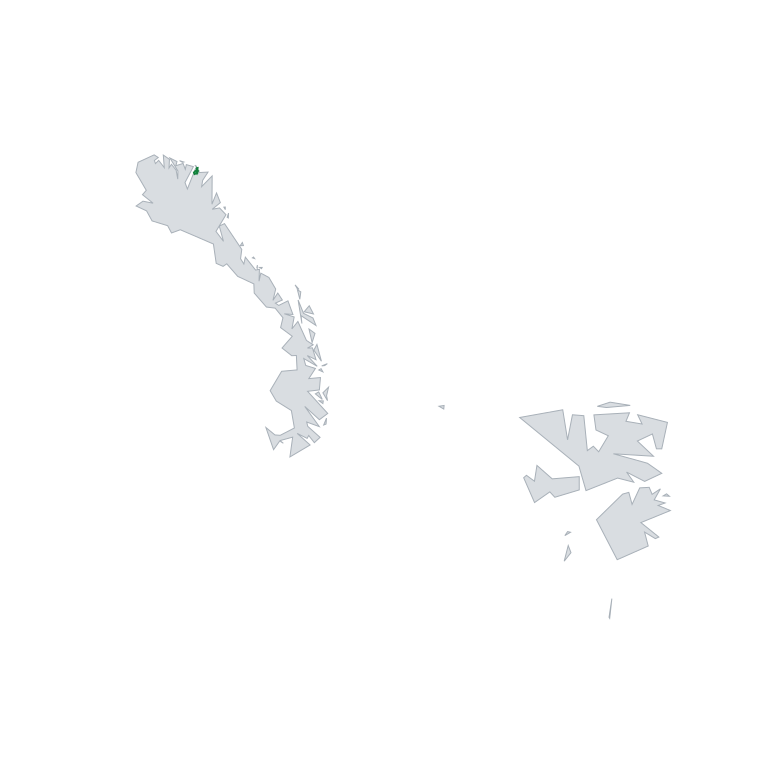 Fjaler nor, Sogn og Fjordane, Norway (highlighted), rotated 113°
{"feature_id": "86288312B14759313964595", "entity_name": "Fjaler nor", "entity_type": "district", "adm_level": 2, "iso_a3": "NOR", "parent_name": "Norway", "parent_adm1": "Sogn og Fjordane", "projection": "mercator", "projection_center": [5.23, 61.279], "detail": "fine", "context": "in_parent", "style": "filled", "palette": "green", "viewbox_px": 768, "rotation_deg": 113, "n_neighbors": 0, "source": "geoboundaries", "source_scale": "gbopen_adm2", "svg_char_len": 5822}
<svg xmlns="http://www.w3.org/2000/svg" viewBox="0 0 768 768"><g transform="rotate(113 384 384)"><path d="M405.0,469.5L392.0,475.8L394.0,480.0L390.7,491.9L375.9,487.1L372.5,501.2L362.5,502.9L356.7,513.8L359.1,522.3L351.0,539.0L342.7,542.9L342.1,560.7L334.8,575.7L338.6,578.1L338.5,585.6L321.8,595.7L321.6,631.8L328.0,638.6L322.8,645.0L324.5,661.2L317.4,670.2L317.0,681.7L309.9,677.3L307.8,667.2L304.1,680.3L298.6,678.5L286.3,695.0L276.0,697.0L262.9,685.1L263.7,680.3L268.0,682.7L270.4,680.5L266.2,678.8L270.7,670.8L259.5,676.6L261.0,669.3L269.1,666.3L264.8,665.5L268.4,658.9L276.0,653.9L268.5,656.9L259.6,669.4L260.1,661.5L264.4,660.9L259.5,655.1L264.0,650.8L259.3,651.7L258.4,644.4L276.3,645.9L281.3,641.2L259.2,641.7L261.3,636.2L257.7,628.8L267.3,630.5L273.6,629.0L259.6,623.5L285.7,612.6L273.6,612.8L281.0,605.5L290.3,610.4L286.2,604.2L289.9,595.6L309.2,598.3L315.4,587.5L303.0,597.3L298.7,593.5L315.7,567.5L324.7,565.0L328.3,559.9L321.4,561.2L329.3,546.7L327.1,543.5L338.2,539.2L330.1,540.7L330.9,531.6L338.9,520.8L350.4,518.9L341.8,517.3L346.4,510.4L352.0,515.6L352.8,511.6L345.0,504.9L355.6,495.0L358.3,503.2L357.4,492.9L369.3,490.3L360.1,487.7L374.2,472.4L375.6,464.5L380.9,468.5L378.7,464.0L388.2,456.1L387.8,465.7L393.8,452.4L391.9,467.8L397.5,463.3L396.5,453.2L408.4,455.3L402.9,445.0L414.7,441.2L420.6,451.5L433.1,424.3L442.1,429.5L435.6,448.2L448.5,426.9L449.2,440.3L452.8,437.6L458.1,422.0L465.2,425.2L460.8,433.2L464.1,433.5L463.4,444.6L469.0,428.2L487.9,442.1L468.6,447.3L476.7,457.6L487.6,460.0L470.2,475.7L473.5,464.5L471.8,459.5L459.5,449.3L444.6,458.9L441.8,476.5L434.6,486.2L412.3,483.2L405.0,469.5ZM357.7,93.4L371.8,106.0L370.3,126.3L376.8,115.7L379.3,132.2L403.2,156.4L383.4,172.5L361.8,246.0L337.9,209.4L363.7,193.2L338.7,198.5L335.1,187.7L365.9,170.8L359.5,167.0L362.5,159.9L344.0,157.3L343.5,170.9L330.4,178.7L314.6,146.8L323.8,146.7L320.0,130.8L313.2,138.5L308.6,108.1L335.2,103.0L337.2,107.9L325.1,117.4L337.5,128.5L345.2,107.7L358.6,145.6L354.0,110.5L357.7,93.4ZM388.6,71.0L411.2,93.4L417.5,71.2L420.3,73.8L418.5,86.3L429.9,77.5L454.6,100.7L425.9,135.4L392.1,121.3L388.1,116.3L397.9,108.6L379.7,108.0L375.5,99.5L380.8,94.1L372.5,88.6L385.1,90.0L383.7,78.8L388.7,84.2L388.6,71.0ZM405.2,162.9L421.5,182.5L418.5,189.2L434.3,199.1L415.7,218.8L412.4,217.2L414.7,207.5L399.2,211.4L405.6,192.1L393.0,168.1L405.2,162.9ZM353.5,487.0L360.4,483.2L340.2,495.9L350.4,485.7L351.0,475.2L356.7,469.5L353.5,487.0ZM364.4,467.3L373.9,466.4L362.7,474.5L364.4,467.3ZM373.8,461.2L387.5,450.5L380.2,461.8L373.8,461.2ZM307.5,149.0L318.7,170.0L321.2,178.9L312.4,168.8L307.5,149.0ZM347.1,476.3L348.7,485.7L341.2,483.4L347.1,476.3ZM421.4,429.5L416.0,436.8L408.6,433.8L417.2,432.3L421.4,429.5ZM422.3,434.8L419.9,443.3L416.8,441.0L422.3,434.8ZM331.7,496.6L338.9,494.6L331.1,500.5L331.7,496.6ZM510.8,85.7L492.5,90.4L511.5,84.7L510.8,85.7ZM466.2,146.0L476.7,148.9L460.7,151.3L466.2,146.0ZM437.9,423.6L443.5,421.7L445.3,423.5L437.9,423.6ZM425.9,432.6L424.8,437.2L423.3,433.3L425.9,432.6ZM396.7,445.0L396.6,449.5L394.5,447.9L396.7,445.0ZM383.7,319.2L383.0,324.7L380.3,320.3L383.7,319.2ZM452.9,158.3L448.1,157.3L447.6,154.4L452.9,158.3ZM311.5,567.5L312.9,570.4L309.1,569.7L311.5,567.5ZM387.4,444.1L390.2,445.8L391.7,448.4L387.4,444.1ZM375.8,77.4L377.9,83.3L374.7,81.0L375.8,77.4ZM291.8,593.5L287.4,593.9L292.0,592.2L291.8,593.5ZM285.5,598.2L283.8,600.5L283.1,599.3L285.5,598.2ZM329.9,501.4L327.5,504.6L330.1,499.2L329.9,501.4ZM258.7,656.1L258.3,659.5L257.9,655.1L258.7,656.1ZM325.3,544.1L324.3,541.7L325.7,541.8L325.3,544.1ZM477.9,453.5L477.3,457.0L477.1,456.4L477.9,453.5ZM326.6,546.5L324.0,547.0L327.1,545.9L326.6,546.5ZM319.1,552.1L319.3,554.4L318.1,553.7L319.1,552.1ZM257.6,641.4L256.5,643.6L256.8,641.8L257.6,641.4Z" fill="#d9dde1" stroke="#a8b0b8" stroke-width="1"/><path d="M263.0,638.2L262.9,638.3L262.9,638.2L262.9,638.3L262.7,638.3L262.7,638.2L262.5,638.3L262.4,638.3L262.2,638.2L261.9,638.2L261.8,638.3L261.7,638.4L261.6,638.5L261.4,638.6L261.2,638.6L260.9,638.5L261.0,638.7L261.0,638.8L261.2,639.0L261.2,638.9L261.3,639.0L261.2,639.0L261.3,639.1L261.5,639.2L261.5,639.3L261.4,639.2L261.4,639.3L261.4,639.2L261.2,639.2L261.3,639.2L261.2,639.1L261.3,639.1L261.2,639.1L261.0,638.9L260.9,638.8L260.8,638.7L260.7,638.7L260.4,638.7L260.1,638.7L260.0,638.8L260.0,639.0L260.1,639.3L260.3,639.4L260.2,639.4L260.3,639.4L260.1,639.5L259.9,639.4L259.9,639.5L259.7,639.5L259.7,639.4L259.6,639.2L259.5,639.3L259.4,639.4L259.5,639.5L259.4,639.5L259.4,639.4L259.3,639.5L259.5,639.5L259.4,639.5L259.5,639.5L259.4,639.7L259.2,639.6L259.3,639.7L259.2,639.7L258.9,639.6L258.7,639.6L258.6,639.8L258.8,639.7L259.0,639.7L258.8,639.7L258.8,639.8L258.7,639.8L258.8,639.7L258.7,639.7L258.7,639.8L258.7,639.7L258.7,639.8L258.4,639.8L258.1,639.9L258.1,640.0L258.1,640.3L257.9,640.3L257.8,640.5L257.9,640.4L257.9,640.5L258.0,640.6L258.2,640.4L258.3,640.5L258.3,640.4L258.4,640.2L258.5,640.2L258.5,640.3L258.5,640.5L258.4,640.5L258.8,640.5L259.1,640.4L259.1,640.0L259.5,640.1L259.7,640.3L259.8,640.3L260.0,640.3L260.0,640.2L259.9,640.2L260.0,640.1L260.3,640.1L260.5,640.0L260.6,639.9L260.7,640.1L260.6,640.3L260.9,640.5L261.0,640.7L261.3,640.8L261.4,640.6L261.6,640.6L261.6,640.8L261.8,640.9L261.9,641.2L262.1,641.3L262.4,641.3L262.5,641.3L263.2,641.5L263.3,641.6L263.5,641.8L263.6,641.7L263.7,641.8L263.9,641.7L263.9,641.4L264.1,641.3L264.1,641.1L264.2,640.9L264.3,640.9L264.5,640.8L264.6,640.7L264.8,640.6L264.7,640.4L264.3,640.2L264.4,639.9L264.5,639.9L264.4,639.8L264.3,639.7L264.2,639.8L264.1,639.7L263.9,639.5L263.8,639.3L263.8,639.2L263.7,639.2L263.3,639.1L263.2,638.9L263.2,638.7L263.3,638.5L263.3,638.4L263.2,638.4L263.3,638.3L263.2,638.3L263.0,638.2ZM258.0,640.0L257.8,640.0L258.0,640.3L258.1,640.1L258.0,640.0ZM261.2,638.4L261.2,638.5L261.4,638.5L261.4,638.4L261.2,638.4Z" fill="#22c55e" stroke="#15803d" stroke-width="1.5"/></g></svg>